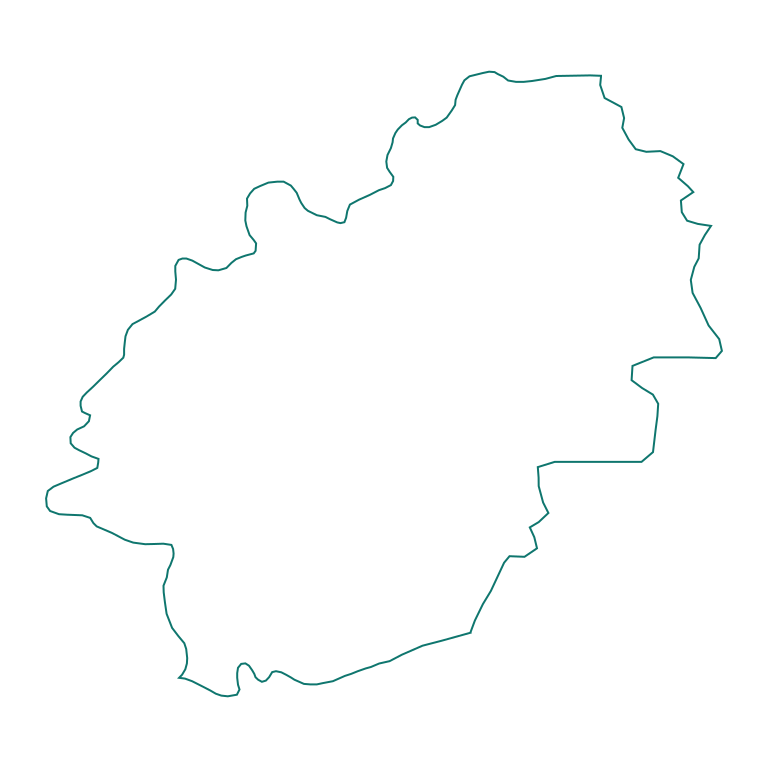 outline of Liozna, Vitebsk, Belarus
{"feature_id": "67162791B19917337499758", "entity_name": "Liozna", "entity_type": "district", "adm_level": 2, "iso_a3": "BLR", "parent_name": "Belarus", "parent_adm1": "Vitebsk", "projection": "natural_earth1", "projection_center": [30.625, 55.016], "detail": "fine", "context": "isolated", "style": "outline", "palette": "teal", "viewbox_px": 768, "rotation_deg": 0, "n_neighbors": 0, "source": "geoboundaries", "source_scale": "gbopen_adm2", "svg_char_len": 3499}
<svg xmlns="http://www.w3.org/2000/svg" viewBox="0 0 768 768"><path d="M95.9,525.6L96.7,526.4L112.1,533.0L124.8,539.7L133.2,542.6L145.2,544.2L154.1,544.0L163.3,543.7L171.4,544.9L173.1,549.0L173.6,553.6L173.3,557.1L170.4,565.0L168.0,569.7L166.8,577.4L163.5,585.7L163.7,592.3L164.9,602.1L166.6,613.8L172.1,627.9L178.3,636.0L184.3,643.2L186.2,649.0L187.2,658.1L186.9,663.5L185.3,669.3L182.1,674.7L179.1,677.8L185.0,678.6L192.1,681.2L200.8,685.6L210.3,690.5L215.8,693.7L221.3,695.6L227.8,696.3L236.9,694.7L239.5,689.5L238.0,684.7L237.2,677.8L237.2,673.1L238.0,667.8L241.2,663.9L245.4,663.4L249.0,665.7L252.2,670.3L254.3,673.9L255.5,677.2L258.1,679.7L261.9,681.8L265.9,680.6L269.1,677.2L272.2,672.1L276.0,671.2L281.3,672.3L286.2,674.8L291.0,677.5L294.4,679.7L300.1,682.2L303.9,683.9L310.3,684.4L316.8,684.4L322.9,683.1L332.9,681.2L344.9,675.9L351.1,673.9L357.8,671.2L365.8,668.4L370.9,667.0L379.2,663.5L389.4,661.2L389.5,661.2L401.9,654.7L422.5,645.7L441.4,640.8L470.6,632.7L470.5,632.3L474.9,620.5L482.9,604.1L490.9,590.9L504.1,562.7L509.5,556.2L524.5,556.8L537.0,548.3L534.3,537.2L529.8,527.4L538.7,522.1L548.4,513.0L543.1,502.5L538.7,486.1L538.6,477.6L537.8,467.1L554.6,461.9L583.8,461.9L613.1,461.9L641.5,461.9L653.0,452.1L655.6,429.9L657.4,416.2L658.2,403.8L652.9,394.6L642.2,388.1L631.6,380.2L632.5,365.9L653.7,357.4L688.3,357.4L715.7,358.1L721.9,350.9L719.2,339.1L708.6,325.5L700.6,307.9L692.6,292.9L690.8,279.9L694.3,266.8L698.7,258.4L699.6,244.7L704.9,235.0L711.0,225.9L697.8,223.9L687.1,220.7L681.8,212.2L680.9,200.5L693.3,192.1L687.9,186.2L678.2,177.8L683.5,164.1L672.8,156.3L660.4,151.1L646.3,151.8L635.7,149.2L628.6,139.5L622.3,127.8L624.1,118.1L621.4,107.0L604.6,98.0L600.2,85.0L601.0,76.6L601.0,75.8L590.2,75.4L556.2,76.0L545.4,78.9L532.0,81.0L523.4,81.9L516.2,81.9L508.1,80.5L503.3,76.7L497.7,74.0L494.6,72.1L489.1,71.7L482.9,73.0L469.5,76.3L464.4,80.3L462.0,84.7L457.3,95.3L455.6,99.8L455.1,105.1L451.8,110.4L446.7,117.6L442.2,120.9L435.7,124.8L429.2,127.1L424.4,127.1L420.1,125.5L417.7,123.4L417.7,119.9L415.1,117.4L412.0,117.6L408.9,119.2L405.7,122.5L401.9,125.3L397.8,129.5L395.4,133.0L393.0,138.5L392.6,142.3L390.9,148.1L387.5,155.0L386.3,161.5L387.1,167.8L389.7,171.9L393.3,176.8L393.1,181.0L390.9,185.1L385.1,188.1L378.9,190.2L370.0,194.8L359.0,199.7L349.9,204.6L347.3,211.0L346.1,217.8L344.4,222.2L340.5,223.1L337.2,222.4L330.0,219.2L325.4,216.9L316.8,215.2L307.9,210.8L304.6,208.0L301.2,202.9L299.5,199.5L296.7,192.8L293.8,189.1L290.9,185.6L283.7,181.7L277.0,181.7L268.4,182.6L260.0,186.1L254.2,188.8L250.1,193.4L247.0,198.6L247.3,205.8L245.6,212.5L245.3,220.5L246.5,226.3L249.6,235.1L253.7,240.0L256.1,243.4L255.6,250.8L253.7,253.4L245.8,255.5L241.7,256.9L236.0,259.2L231.4,262.9L226.4,268.0L218.4,270.3L212.7,270.0L204.8,267.5L198.1,263.8L192.3,260.6L186.3,258.5L182.5,258.5L178.6,259.9L175.3,265.9L175.3,271.6L176.0,279.7L175.2,288.8L171.2,294.5L165.2,300.3L159.1,306.5L154.8,311.6L145.9,316.9L132.5,324.1L127.9,329.8L125.5,336.3L124.8,342.2L124.1,348.9L124.1,354.7L123.3,357.7L118.5,362.3L113.2,366.7L106.8,373.3L99.8,380.1L93.1,386.7L86.8,392.5L82.7,396.8L80.6,401.5L80.6,405.8L82.0,411.5L84.9,413.0L90.1,415.3L88.9,421.2L84.1,426.3L77.2,429.5L73.1,432.9L70.4,437.1L70.7,443.3L74.5,447.7L79.1,450.2L85.8,453.4L91.5,456.4L98.5,458.9L98.2,462.6L97.3,467.9L91.0,471.1L81.7,475.0L73.7,478.2L61.5,483.3L53.5,486.7L47.8,491.0L46.1,498.4L46.8,506.4L50.1,511.0L59.0,514.2L67.0,514.7L82.3,515.3L90.2,517.9L93.4,523.1L95.9,525.6Z" fill="none" stroke="#0f766e" stroke-width="2"/></svg>